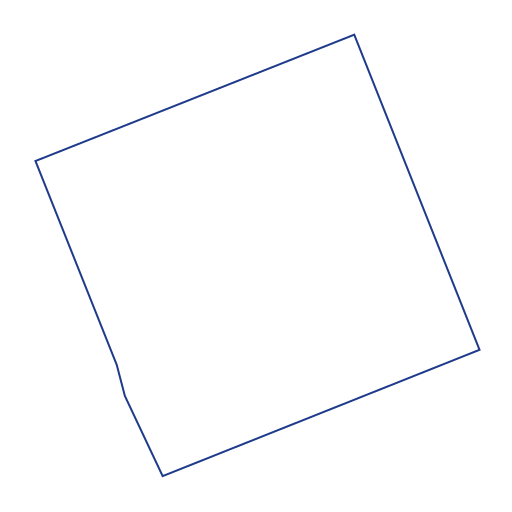 Scurry, Texas, United States of America (orthographic projection), rotated 248°
{"feature_id": "52423323B97167662457996", "entity_name": "Scurry", "entity_type": "district", "adm_level": 2, "iso_a3": "USA", "parent_name": "United States of America", "parent_adm1": "Texas", "projection": "orthographic", "projection_center": [-100.907, 32.748], "detail": "fine", "context": "isolated", "style": "outline", "palette": "blue", "viewbox_px": 512, "rotation_deg": 248, "n_neighbors": 0, "source": "geoboundaries", "source_scale": "gbopen_adm2", "svg_char_len": 243}
<svg xmlns="http://www.w3.org/2000/svg" viewBox="0 0 512 512"><g transform="rotate(248 256 256)"><path d="M426.7,87.1L207.2,86.1L175.4,82.0L86.9,87.0L85.3,428.1L424.4,430.0L426.7,87.1Z" fill="none" stroke="#1e3a8a" stroke-width="2"/></g></svg>